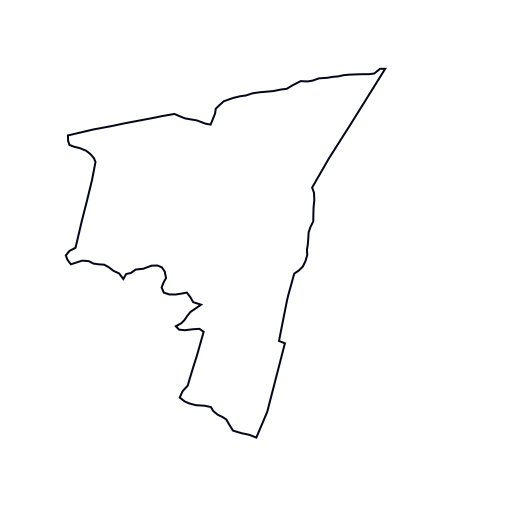 Itajuípe, Bahia, Brazil, rotated 72°
{"feature_id": "56859067B68754301032545", "entity_name": "Itajuípe", "entity_type": "district", "adm_level": 2, "iso_a3": "BRA", "parent_name": "Brazil", "parent_adm1": "Bahia", "projection": "robinson", "projection_center": [-39.441, -14.658], "detail": "fine", "context": "isolated", "style": "outline", "palette": "ink", "viewbox_px": 512, "rotation_deg": 72, "n_neighbors": 0, "source": "geoboundaries", "source_scale": "gbopen_adm2", "svg_char_len": 1873}
<svg xmlns="http://www.w3.org/2000/svg" viewBox="0 0 512 512"><g transform="rotate(72 256 256)"><path d="M361.9,367.6L367.1,372.3L372.3,368.7L375.4,365.3L379.3,359.3L382.5,351.2L385.7,345.6L390.2,344.6L395.2,341.4L398.6,337.8L402.2,334.8L408.6,333.4L415.0,331.8L420.2,324.3L424.0,317.6L428.8,311.8L407.7,293.5L348.0,255.5L343.9,260.4L308.3,240.5L303.5,237.6L284.6,225.1L283.0,219.7L280.5,214.7L276.2,210.6L271.0,207.0L265.5,205.5L261.4,203.3L255.8,201.0L249.7,198.6L245.3,195.3L240.7,190.8L233.9,188.5L227.5,186.2L221.0,183.3L213.7,181.3L208.3,181.5L185.8,156.6L159.2,124.4L117.9,75.3L116.3,80.2L119.0,87.2L117.9,92.7L116.1,98.2L114.2,104.7L112.4,111.1L111.1,116.8L110.6,122.3L109.3,127.8L108.6,132.9L106.5,141.3L106.7,147.7L106.0,152.8L103.5,159.4L104.9,168.3L106.5,175.2L105.4,180.7L104.5,188.5L103.1,194.7L101.5,201.5L100.2,209.0L100.2,216.1L99.2,221.5L98.6,229.3L98.9,238.9L101.3,244.3L103.5,248.8L107.7,250.8L112.2,254.5L117.0,258.6L114.5,263.2L108.8,270.3L105.4,276.8L103.1,281.1L99.9,284.9L95.7,289.7L93.8,303.0L93.1,309.6L89.2,340.1L87.9,352.4L85.4,371.6L83.2,397.6L88.3,399.1L92.7,399.1L95.7,395.5L99.0,390.2L103.4,385.0L108.1,381.9L112.9,379.9L117.0,379.6L133.1,388.5L150.6,399.3L168.8,410.8L192.4,425.1L193.5,431.8L196.7,436.7L201.3,436.5L206.7,434.6L206.7,429.4L206.7,422.7L209.2,416.7L213.0,412.9L215.2,408.4L217.4,403.0L221.3,399.4L226.2,396.0L230.4,391.5L236.9,389.3L233.0,385.0L233.5,380.2L231.7,374.6L233.3,367.1L232.9,358.5L234.6,352.6L237.8,349.0L242.6,347.6L249.2,348.4L252.6,352.1L256.8,355.5L262.3,355.0L265.8,350.3L267.8,344.3L268.7,338.8L269.4,333.1L274.4,331.3L280.5,330.0L285.3,323.3L287.5,330.6L289.0,335.7L291.9,340.1L294.8,343.8L296.9,347.9L298.0,354.0L302.3,351.9L304.6,346.6L306.1,338.9L307.8,332.3L311.9,329.2L333.7,343.8L339.3,347.9L348.0,354.0L353.9,358.1L358.2,361.0L361.9,367.6Z" fill="none" stroke="#020617" stroke-width="2"/></g></svg>